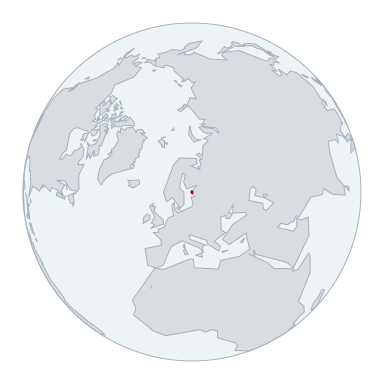 Lääne on an orthographic globe, rotated 333°
{"feature_id": "EST-1661", "entity_name": "Lääne", "entity_type": "County", "adm_level": 1, "iso_a3": "EST", "parent_name": "Estonia", "parent_adm1": "", "projection": "orthographic", "projection_center": [23.689, 58.901], "detail": "fine", "context": "on_globe", "style": "filled", "palette": "rose", "viewbox_px": 384, "rotation_deg": 333, "n_neighbors": 0, "source": "natural_earth", "source_scale": "10m", "svg_char_len": 11462}
<svg xmlns="http://www.w3.org/2000/svg" viewBox="0 0 384 384"><g transform="rotate(333 192 192)"><circle cx="192" cy="192" r="169" fill="#eef3f6" stroke="#a8b0b8"/><path d="M37.0,124.7L38.7,121.1L46.5,106.2L53.5,95.2L61.4,84.9L70.0,75.1L72.2,73.0L96.8,54.0L78.6,66.7L85.2,61.2L93.4,55.1L92.4,56.1L102.8,50.2L110.9,45.7L123.9,41.9L132.9,44.8L128.1,46.2L130.9,47.0L137.1,45.5L140.5,44.3L158.2,47.2L178.9,46.3L185.1,43.1L184.0,46.3L195.5,38.8L206.5,37.7L194.2,40.8L193.1,42.6L200.7,42.6L201.1,44.5L205.1,45.7L205.0,48.1L197.8,50.0L197.6,51.6L203.0,51.6L206.2,54.1L198.4,53.9L203.3,58.4L192.3,63.1L171.4,61.6L165.4,67.1L144.1,73.8L146.2,75.6L139.5,79.6L139.3,83.3L135.4,83.7L138.7,86.3L142.3,85.2L144.9,86.0L145.1,88.1L140.2,89.0L139.4,88.1L138.0,89.5L135.5,89.0L136.9,90.4L130.9,91.4L137.1,93.7L132.6,97.2L128.5,97.0L128.6,92.8L119.4,82.8L115.3,81.8L109.5,84.3L99.2,97.6L94.8,98.5L89.1,102.7L91.6,104.0L97.0,101.2L100.3,105.0L106.5,101.5L108.7,102.6L115.2,101.0L114.5,105.9L110.4,111.6L105.0,113.4L103.0,116.0L108.4,118.3L98.6,125.7L92.7,137.9L90.1,139.5L84.6,135.0L83.9,124.8L76.8,120.1L81.7,128.0L75.2,132.2L74.3,135.0L74.8,137.8L77.4,138.1L75.2,140.7L69.5,133.6L71.4,131.1L73.2,133.3L72.8,128.7L69.0,124.4L66.0,127.1L63.3,118.6L61.1,120.5L59.3,119.9L63.0,117.3L56.4,122.0L52.8,114.5L43.7,123.0L52.3,111.0L55.1,105.0L57.8,98.7L56.3,99.9L61.9,90.7L63.5,85.6L58.9,88.7L52.9,96.2L47.2,105.7L47.9,105.9L45.0,112.3L42.0,114.6L36.2,128.0L33.9,132.5L32.2,137.1L37.0,124.7ZM31.2,140.2L29.9,144.7L27.8,152.8L28.1,154.0L27.7,159.8L25.9,164.8L27.2,164.7L26.0,171.3L26.5,186.8L26.0,186.7L26.1,205.8L29.2,222.9L29.9,230.0L29.3,230.6L31.0,236.3L31.1,237.9L40.8,260.5L47.9,274.6L49.2,279.6L46.2,277.1L46.9,278.6L41.2,268.2L36.2,257.4L32.0,246.4L28.6,235.0L26.0,223.5L24.2,211.7L23.2,199.9L23.1,188.1L23.8,176.2L25.3,164.5L27.6,152.9L28.4,149.9L29.5,145.7L29.6,145.4L31.2,140.2ZM41.4,124.9L35.0,143.2L36.2,135.4L36.4,136.2L38.6,131.0L41.7,122.8L43.5,116.5L41.4,124.9ZM43.9,127.1L44.8,124.3L44.3,126.8L43.9,127.1ZM141.9,43.6L137.1,45.3L131.4,46.1L135.3,44.4L141.9,43.6ZM152.9,43.0L150.8,44.2L148.0,42.7L150.1,42.5L152.9,43.0ZM189.4,40.6L185.4,41.0L189.1,40.0L189.4,40.6ZM205.6,45.5L206.6,44.8L208.2,45.7L205.6,45.5ZM115.1,98.5L115.1,99.7L113.9,99.3L115.1,98.5ZM117.9,96.6L116.4,95.4L117.6,94.3L118.4,95.1L117.9,96.6ZM209.6,50.3L211.8,52.1L208.3,50.5L209.6,50.3ZM119.4,98.5L119.7,92.6L121.7,90.9L126.6,92.5L119.4,98.5ZM212.4,53.4L218.0,58.0L220.7,56.9L216.4,63.0L213.0,56.8L208.2,55.0L211.6,54.9L212.4,53.4ZM143.3,83.9L139.5,85.2L142.4,82.2L143.3,83.9ZM144.5,81.9L149.8,72.1L155.6,71.5L152.6,74.8L159.9,72.6L160.1,77.1L156.2,79.3L152.4,78.8L155.3,80.9L144.5,81.9ZM213.1,65.7L213.4,67.3L211.7,66.1L213.1,65.7ZM146.1,86.1L146.7,84.1L151.7,83.4L151.5,87.3L150.0,86.3L146.1,86.1ZM161.7,69.9L165.4,70.2L166.6,73.9L168.2,74.6L160.6,77.2L161.7,69.9ZM149.0,87.5L151.3,89.4L149.2,91.7L145.9,88.1L149.0,87.5ZM153.1,81.6L155.5,81.5L154.1,82.8L153.1,81.6ZM142.9,101.2L143.4,98.7L146.1,98.1L142.9,101.2ZM152.3,89.9L153.0,89.1L154.1,88.6L155.2,90.3L152.3,89.9ZM162.0,79.7L161.7,81.2L165.1,78.8L166.1,81.6L160.9,82.9L163.6,83.5L163.9,84.4L159.3,84.5L162.0,79.7ZM159.6,90.6L153.3,93.5L151.7,98.3L149.3,98.9L152.3,91.1L159.6,90.6ZM159.8,87.0L159.2,89.4L156.5,88.9L155.3,86.9L159.8,87.0ZM168.7,83.1L168.5,78.4L169.6,78.3L168.7,83.1ZM159.7,92.1L161.2,91.4L159.9,92.5L159.7,92.1ZM166.5,85.9L166.3,84.2L167.6,84.2L166.5,85.9ZM164.4,91.4L162.4,92.3L161.5,91.0L164.4,91.4ZM165.8,89.0L167.7,89.3L162.4,90.0L165.5,88.2L165.8,89.0ZM167.8,86.1L168.5,85.5L167.7,86.8L167.8,86.1ZM168.9,96.1L162.5,97.3L160.6,94.3L167.1,93.5L168.9,96.1ZM177.0,360.3L169.8,359.1L158.2,352.6L163.1,349.5L161.7,345.7L148.6,333.5L151.5,327.6L147.9,323.9L140.5,322.9L136.3,318.1L131.8,316.8L103.6,308.2L94.8,298.7L84.1,274.9L89.1,270.5L89.8,261.3L124.2,243.1L131.8,248.2L159.1,250.6L162.6,252.5L159.6,260.5L180.3,272.6L186.7,266.1L205.2,270.9L217.4,269.2L221.3,253.2L201.3,255.7L197.6,248.1L213.4,239.5L230.8,237.2L229.9,234.2L218.7,229.3L222.5,222.5L214.8,227.0L218.1,229.8L213.4,232.8L210.1,230.5L211.6,228.1L206.3,227.3L200.6,239.2L203.4,243.3L189.6,246.0L192.8,253.2L189.2,256.6L182.4,245.7L182.9,241.6L170.4,228.8L168.6,233.2L180.3,245.8L176.7,244.7L174.4,251.3L173.4,245.4L161.1,231.0L148.6,231.3L132.9,244.3L125.5,243.1L119.2,237.2L124.6,221.1L140.5,225.6L142.6,220.4L139.1,210.6L144.3,212.9L144.8,209.6L150.8,210.8L159.0,204.4L165.0,204.7L168.0,194.6L171.5,193.4L168.8,199.7L170.1,204.3L185.1,205.0L187.9,202.9L188.7,196.3L192.7,197.5L191.5,191.2L200.0,188.4L188.6,186.6L189.1,179.3L194.1,173.7L192.3,171.1L184.1,180.3L182.7,184.4L184.8,188.3L179.2,199.5L174.1,201.0L172.2,188.3L164.8,189.2L166.5,179.4L187.4,159.8L196.3,155.9L211.3,164.3L209.4,169.2L203.1,168.5L209.2,175.7L208.6,172.0L211.9,173.1L213.3,166.8L215.7,167.3L212.9,160.5L216.0,160.5L217.8,164.7L222.5,155.8L229.0,154.1L228.9,151.9L226.9,149.9L236.4,149.3L235.9,147.7L232.6,147.3L229.5,143.9L227.6,137.7L231.0,137.8L232.1,140.1L239.6,145.1L242.1,151.3L243.3,150.7L242.0,145.4L232.8,139.2L230.7,135.5L235.4,137.8L233.5,136.6L233.6,134.8L236.8,133.3L231.8,130.5L227.5,111.7L233.3,107.1L237.9,111.0L238.5,98.9L245.0,95.2L241.9,94.7L240.1,89.0L238.1,90.0L236.5,89.4L230.9,75.8L232.3,73.0L226.4,67.2L224.8,67.0L223.5,68.7L216.4,63.0L220.7,56.9L224.1,57.5L224.5,53.5L232.1,55.7L238.6,55.9L246.7,61.0L251.1,60.9L250.8,59.4L256.5,58.3L269.6,62.0L260.6,65.7L241.2,62.9L249.3,64.5L247.9,66.2L251.1,68.1L256.7,69.3L257.0,68.1L268.4,81.6L282.8,90.2L280.7,83.8L283.6,81.8L298.2,87.4L318.1,109.6L322.2,108.2L325.3,110.4L328.0,116.3L323.6,113.2L322.5,116.4L319.6,113.9L322.4,122.8L318.4,119.7L322.5,128.3L325.6,128.5L324.6,121.6L329.9,130.8L334.3,128.6L339.4,133.0L347.7,153.1L349.1,167.0L350.2,169.3L348.3,171.8L349.5,181.0L355.9,182.4L357.0,185.4L357.2,200.2L356.6,198.3L351.8,204.8L353.5,213.7L357.2,210.4L358.6,213.8L356.9,218.6L355.2,216.0L353.4,218.1L352.0,211.2L347.0,206.0L345.1,214.3L343.4,210.3L336.2,208.8L332.4,220.5L327.7,244.6L330.1,255.5L327.1,264.4L316.1,257.6L310.7,248.7L307.0,253.5L295.5,250.6L276.5,262.5L273.5,260.4L270.0,264.1L261.7,264.3L257.0,260.2L252.2,262.6L264.7,273.0L269.8,270.3L273.7,262.3L276.3,266.6L284.1,267.0L276.5,283.9L247.8,305.7L244.6,297.8L220.3,276.3L220.8,272.9L220.6,272.5L220.3,271.9L218.6,277.6L214.3,272.6L227.7,289.9L230.2,297.3L247.4,306.4L245.9,308.2L251.3,309.1L268.1,299.4L268.3,302.2L260.7,317.3L237.0,338.1L239.9,344.4L237.8,349.5L222.6,355.1L223.5,356.9L215.5,358.7L214.7,359.3L208.5,360.1L192.8,361.0L177.0,360.3ZM112.8,256.9L111.9,259.7L112.8,256.9ZM249.7,242.2L259.8,238.8L254.4,230.4L257.8,228.4L254.7,226.4L253.9,229.8L246.3,223.6L250.3,218.8L248.6,214.6L245.2,215.6L239.0,225.5L249.9,234.2L248.0,239.3L249.7,242.2ZM26.6,187.2L26.4,190.0L26.1,187.5L26.6,187.2ZM35.2,136.1L34.4,139.2L33.6,141.6L33.9,139.4L35.2,136.1ZM31.8,162.4L31.5,166.4L31.3,163.0L31.8,162.4ZM34.3,146.0L32.0,159.3L31.6,153.4L33.2,145.1L32.8,149.7L34.3,146.0ZM41.8,128.1L41.0,130.4L40.4,130.6L41.8,128.1ZM43.5,128.9L43.6,128.3L44.5,126.7L43.5,128.9ZM75.5,132.6L75.9,133.2L75.9,136.2L74.8,135.3L75.5,132.6ZM82.7,147.4L79.1,151.3L80.9,147.7L78.6,147.0L79.5,138.9L88.9,139.8L84.5,140.8L82.7,147.4ZM83.4,128.7L81.7,133.5L83.2,128.2L83.4,128.7ZM141.9,191.1L144.0,194.0L141.8,197.5L134.1,197.8L137.2,192.7L141.9,191.1ZM147.5,197.5L147.7,185.2L152.5,184.8L149.8,187.0L152.9,188.0L149.4,191.9L153.7,203.8L152.0,207.7L138.8,205.7L144.0,204.1L141.6,201.2L147.5,197.5ZM140.0,157.1L140.1,152.5L150.3,157.4L148.9,161.2L141.2,161.6L138.2,157.3L140.0,157.1ZM128.0,102.8L127.4,101.2L128.7,100.9L130.4,102.0L128.0,102.8ZM142.9,100.1L132.0,109.8L130.7,108.4L125.8,116.2L120.7,115.5L124.0,110.4L116.4,115.8L117.3,111.0L112.5,115.2L120.5,103.9L121.1,100.0L122.4,104.6L127.2,105.3L129.4,104.5L136.1,99.2L139.6,91.3L144.9,91.0L147.6,92.9L147.6,94.7L144.2,94.3L146.6,97.1L141.6,97.9L142.9,100.1ZM177.0,118.5L173.1,116.6L177.0,123.5L172.1,123.8L172.8,124.6L169.4,126.9L166.5,131.1L164.2,130.6L164.0,132.5L161.7,134.1L160.8,136.6L156.4,136.6L154.8,139.7L153.6,138.0L152.1,143.3L151.3,139.4L148.2,141.3L150.7,144.1L129.2,139.4L120.9,140.9L114.4,144.5L113.8,137.6L119.4,130.1L128.0,123.5L136.1,123.2L134.3,120.4L137.7,119.4L137.7,122.1L139.7,117.4L142.5,117.4L150.1,112.4L151.3,106.0L154.2,104.1L155.1,106.6L157.3,103.0L160.9,106.5L163.0,105.3L168.7,107.7L169.2,113.4L171.6,111.7L176.0,113.6L177.0,118.5ZM170.5,96.9L172.2,103.4L170.4,106.9L161.2,101.3L158.8,101.9L152.9,98.7L155.7,93.8L157.1,95.2L159.1,95.3L157.5,96.8L160.3,95.8L162.4,97.6L165.2,97.4L165.0,99.5L170.5,96.9ZM166.4,249.8L169.0,250.5L173.1,250.5L171.7,254.8L166.4,249.8ZM157.8,240.1L160.2,239.9L160.3,245.7L157.5,245.1L157.8,240.1ZM161.5,235.0L160.3,239.4L159.3,236.7L161.5,235.0ZM171.0,199.2L173.5,198.7L173.8,200.2L172.4,202.4L171.0,199.2ZM187.6,139.8L185.6,138.0L186.4,137.1L185.0,131.4L188.6,130.9L190.8,134.0L187.6,139.8ZM217.9,256.5L214.5,260.0L212.6,258.9L214.2,257.9L217.9,256.5ZM192.0,258.6L198.0,260.3L191.6,259.7L192.0,258.6ZM191.2,138.3L190.3,136.0L192.6,137.1L191.2,138.3ZM191.1,130.2L193.9,131.0L188.9,130.2L191.1,130.2ZM265.5,339.5L252.9,349.2L245.3,351.8L244.4,351.1L249.5,346.3L258.5,341.9L263.2,337.9L265.5,339.5ZM358.3,221.9L356.9,227.0L351.6,229.1L353.6,224.2L358.5,216.6L358.3,218.8L359.2,215.7L358.9,218.5L358.3,221.9ZM360.5,204.8L360.4,203.3L360.4,199.1L360.7,195.5L359.4,172.9L359.4,170.0L360.4,177.9L360.4,177.7L361.0,191.3L360.5,204.8ZM330.8,255.9L334.3,258.4L332.4,262.0L330.8,255.9ZM357.2,161.1L358.9,170.6L356.8,160.4L357.2,161.1ZM354.9,153.4L355.7,154.9L355.2,155.4L354.9,153.4ZM351.8,172.1L351.6,176.3L350.8,175.1L350.5,168.9L351.8,172.1ZM343.3,136.9L346.4,140.8L347.5,142.9L345.9,142.3L343.3,136.9ZM220.2,131.8L218.1,140.1L218.9,146.1L223.1,149.3L216.3,148.5L215.0,139.3L220.2,131.8ZM226.3,114.1L222.6,111.6L224.7,110.5L225.9,110.9L226.3,114.1ZM223.7,114.1L218.2,115.3L216.5,112.5L221.1,112.1L223.7,114.1ZM204.7,126.6L203.9,129.0L202.0,128.0L204.7,126.6ZM356.8,154.8L356.9,155.4L357.9,160.5L355.0,148.2L355.4,149.0L356.8,154.8ZM355.6,151.0L356.6,155.7L355.0,149.4L355.6,151.0ZM356.4,155.6L355.6,153.8L355.3,151.3L356.4,155.6ZM355.2,149.2L353.6,144.8L354.1,145.5L355.2,149.2ZM353.6,150.2L354.2,147.6L354.8,154.1L351.0,147.5L350.5,143.9L353.6,150.2ZM326.2,104.6L324.2,103.6L322.6,100.2L324.4,101.8L326.2,104.6ZM315.6,88.9L321.5,99.0L325.9,107.6L326.3,106.2L330.5,110.8L327.9,111.3L322.2,103.2L319.5,97.2L315.7,94.1L311.6,88.7L307.2,86.7L304.3,83.9L307.4,83.9L315.6,88.9ZM305.4,86.2L296.2,81.7L294.8,76.7L296.5,76.6L301.3,80.7L301.8,83.0L305.4,86.2ZM293.6,79.2L293.9,81.6L281.2,81.4L278.1,80.3L287.1,77.3L287.9,79.4L291.3,80.4L293.6,79.2ZM215.1,66.9L213.5,67.2L214.3,66.1L215.1,66.9ZM235.4,90.1L233.3,89.1L234.3,87.6L235.4,90.1ZM228.1,85.4L228.5,87.8L226.7,85.2L228.1,85.4ZM229.5,93.2L228.0,88.7L231.5,93.1L229.5,93.2Z" fill="#d9dde1" stroke="#a8b0b8" stroke-width="1"/><path d="M191.8,193.1L191.8,192.9L191.8,193.0L191.7,193.0L191.7,192.9L191.7,192.7L191.8,192.6L192.0,192.4L192.0,192.5L192.2,192.4L192.3,192.4L192.2,192.3L191.9,192.3L191.7,192.4L191.8,192.2L191.7,192.1L191.6,191.9L191.8,191.8L191.9,191.7L191.8,191.8L191.7,191.7L191.7,191.4L191.7,191.5L191.7,191.3L191.7,191.2L191.8,191.0L191.9,190.9L192.0,190.9L192.0,191.0L192.3,191.2L192.3,191.3L192.5,191.3L192.7,191.5L192.6,191.8L192.7,192.0L192.8,192.2L192.7,192.2L192.7,192.3L192.6,192.5L192.4,192.7L192.4,192.8L192.3,193.0L192.2,193.0L191.9,193.0L191.8,193.1ZM191.5,191.6L191.5,191.8L191.4,191.8L191.2,191.8L191.1,191.7L191.3,191.6L191.5,191.6L191.5,191.6Z" fill="#f43f5e" stroke="#9f1239" stroke-width="1.5"/></g></svg>